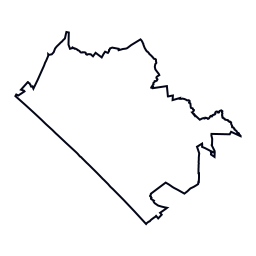 Pijijiapan, Chiapas, Mexico (Natural Earth projection)
{"feature_id": "50627088B85792572299721", "entity_name": "Pijijiapan", "entity_type": "district", "adm_level": 2, "iso_a3": "MEX", "parent_name": "Mexico", "parent_adm1": "Chiapas", "projection": "natural_earth1", "projection_center": [-93.116, 15.653], "detail": "fine", "context": "isolated", "style": "outline", "palette": "ink", "viewbox_px": 256, "rotation_deg": 0, "n_neighbors": 0, "source": "geoboundaries", "source_scale": "gbopen_adm2", "svg_char_len": 5655}
<svg xmlns="http://www.w3.org/2000/svg" viewBox="0 0 256 256"><path d="M15.4,96.1L25.2,104.8L33.0,111.9L41.5,119.8L45.9,124.1L52.5,130.1L55.7,133.3L57.6,135.0L66.3,143.2L76.3,152.4L77.7,153.8L80.0,156.5L80.5,156.7L81.5,157.5L81.8,157.9L85.8,161.9L86.7,162.8L88.0,164.0L97.1,173.0L102.9,179.0L103.8,179.8L108.0,184.0L110.4,186.8L111.5,187.8L113.1,189.3L123.4,199.7L134.3,211.2L146.1,224.0L146.8,223.1L148.8,221.6L149.4,221.5L149.7,221.3L150.1,220.9L150.2,220.7L151.3,219.6L154.3,217.4L155.2,216.9L156.1,215.9L158.2,218.4L161.7,214.7L160.1,212.8L165.7,208.9L167.1,207.8L164.5,207.3L161.6,206.6L158.2,205.6L154.7,203.2L153.8,202.0L153.4,201.0L153.8,200.6L153.1,200.2L152.5,199.8L152.0,199.6L151.0,198.8L151.0,198.6L151.3,198.3L151.5,197.8L151.1,197.5L151.0,197.3L151.0,196.7L150.8,196.4L150.2,196.3L150.1,196.2L150.1,195.7L150.3,195.4L150.6,195.1L150.8,194.7L150.9,193.7L161.0,186.1L165.7,182.6L168.9,184.5L171.4,186.2L172.2,186.8L174.0,187.9L177.7,189.8L184.4,193.6L187.4,191.3L190.1,188.7L190.5,188.4L193.8,186.8L196.6,185.1L198.1,184.1L198.4,181.9L198.8,182.0L199.0,177.7L199.0,173.2L198.5,173.2L198.5,170.5L198.5,169.6L198.5,168.5L198.6,167.2L198.6,164.8L198.8,163.4L198.6,162.2L198.8,159.8L198.8,157.6L199.2,153.3L197.0,146.7L197.6,146.4L202.1,143.6L202.2,144.5L202.1,146.9L205.0,148.1L208.9,150.1L210.3,150.9L213.7,152.3L210.9,152.3L211.1,153.7L211.0,154.5L214.5,156.9L214.7,152.3L214.3,152.2L214.6,151.0L211.7,145.2L212.0,145.0L212.2,138.9L211.4,135.4L211.5,133.9L229.7,134.3L231.1,131.8L240.6,136.2L240.6,135.9L240.1,135.5L239.8,134.9L239.3,134.6L239.2,134.4L239.0,133.6L238.7,133.2L238.2,132.9L237.5,132.8L237.3,132.6L236.7,131.4L236.3,130.9L235.7,130.4L234.5,129.5L234.4,129.3L234.5,129.0L234.4,128.7L234.0,128.4L233.9,128.1L233.4,127.5L233.1,127.4L232.7,127.4L232.2,127.3L232.0,126.8L232.2,126.3L232.0,125.4L231.5,124.8L231.4,124.6L231.2,123.9L231.1,123.7L231.2,122.8L231.1,122.5L230.8,122.1L230.6,122.0L230.3,122.0L230.1,121.7L229.6,121.8L229.5,121.6L229.3,121.6L229.1,121.4L228.8,121.4L228.5,121.1L228.4,120.8L228.0,120.7L227.9,120.5L227.9,120.2L227.6,120.1L227.3,120.0L226.5,119.9L226.1,119.9L225.7,119.7L225.2,119.7L224.9,119.4L224.5,118.6L224.3,118.5L223.8,118.5L223.3,117.9L223.0,117.8L222.6,117.8L222.5,117.7L222.4,117.3L222.5,116.6L222.5,116.2L222.4,116.1L222.2,116.0L222.2,115.6L222.0,115.1L222.0,114.9L222.4,113.7L222.4,113.3L222.0,112.7L222.0,112.0L222.3,111.7L222.4,111.2L222.2,111.0L221.8,110.8L221.4,110.4L220.5,110.6L219.5,111.1L219.2,111.5L219.1,112.3L218.9,112.5L218.3,112.6L218.1,112.6L217.9,112.5L217.5,111.8L217.2,111.6L216.8,111.5L216.2,111.6L215.5,112.2L215.3,112.6L215.2,113.1L215.4,113.2L215.5,113.5L215.2,114.0L214.9,114.4L213.9,114.8L213.5,114.7L212.9,115.0L212.7,115.2L212.7,115.4L212.5,115.5L212.0,116.3L211.9,116.4L211.4,115.9L211.2,115.8L210.8,115.9L210.3,116.3L210.0,116.8L209.7,117.4L209.2,117.8L209.0,118.3L208.6,118.6L208.0,118.9L207.8,118.9L206.9,118.0L206.6,117.9L206.3,118.0L205.7,118.0L205.6,117.9L205.2,117.7L204.9,118.1L204.8,118.4L204.5,118.5L204.2,118.5L203.9,118.3L203.4,118.1L201.9,118.6L199.8,119.7L194.8,115.1L194.4,114.5L194.2,114.8L194.2,115.0L192.1,112.4L192.5,112.3L193.6,110.9L193.9,110.4L193.9,110.0L193.6,109.9L193.0,109.4L192.8,108.6L192.6,108.3L191.6,108.1L191.2,108.0L190.9,107.8L190.6,106.3L190.6,105.3L190.4,104.1L190.4,103.5L190.2,103.2L189.7,103.0L189.2,102.9L189.0,102.5L189.7,101.1L189.2,100.5L188.3,100.2L187.5,100.4L187.1,100.4L186.4,99.9L184.4,99.0L182.4,98.6L181.1,98.9L179.8,98.8L180.0,98.0L172.6,100.1L172.9,95.5L170.6,95.9L168.5,96.4L167.9,96.4L166.9,86.1L153.3,88.1L153.4,87.8L153.2,87.1L152.2,87.4L151.7,87.7L151.5,87.8L151.3,87.8L151.2,87.5L151.2,87.4L151.9,86.8L152.1,86.2L152.3,86.0L152.4,85.7L152.8,85.0L153.5,84.5L153.5,84.4L153.3,83.2L153.5,82.8L154.5,81.9L154.8,81.4L154.8,81.1L155.9,81.1L156.3,80.8L156.5,80.6L156.9,80.5L157.1,79.9L157.4,79.6L157.5,79.3L157.4,79.1L157.1,78.9L156.6,78.3L156.4,77.7L156.5,77.2L156.7,76.9L157.4,76.3L159.3,75.1L158.9,74.1L155.4,69.5L154.8,66.9L155.1,65.1L155.3,64.1L156.3,63.0L156.3,62.5L155.9,60.9L156.0,60.1L156.0,59.9L155.8,59.4L155.2,59.0L154.8,58.9L154.3,58.9L153.7,58.6L153.1,57.6L152.6,57.2L152.3,56.6L151.9,56.4L151.2,55.6L151.0,55.4L149.7,54.3L149.4,54.1L149.2,53.5L147.5,51.6L146.8,51.4L146.5,50.9L146.1,50.4L145.8,50.0L145.8,49.7L144.9,48.4L143.9,46.0L143.8,45.5L143.6,45.2L143.3,44.4L143.3,43.8L142.9,43.1L142.6,42.6L142.5,42.2L142.4,42.0L141.6,40.6L140.5,39.4L131.0,45.2L130.9,45.3L127.1,48.2L125.9,48.6L122.9,49.0L118.6,50.2L118.4,49.6L118.6,48.8L112.2,47.6L109.9,48.5L109.7,49.6L109.0,50.0L109.0,51.3L107.9,52.9L105.1,51.7L104.0,53.3L103.9,53.5L103.6,53.9L101.7,57.4L95.6,52.8L93.0,56.3L92.7,56.0L92.6,55.8L92.0,55.5L91.7,55.3L91.2,54.6L90.9,54.4L90.7,54.3L89.9,54.2L88.1,54.2L87.6,54.3L87.1,54.7L86.5,54.5L86.1,54.2L85.9,53.8L85.8,53.2L85.6,52.7L85.4,52.6L84.9,52.4L84.3,52.3L84.0,52.4L82.7,52.2L82.2,52.5L81.8,52.5L80.7,52.4L80.4,52.2L79.6,51.1L78.0,50.1L77.6,50.1L77.3,49.6L75.4,48.6L74.8,48.8L74.4,48.7L74.0,48.1L73.2,48.0L72.9,47.8L72.8,47.6L72.5,47.4L72.3,47.6L72.3,47.8L72.1,48.2L71.7,48.2L71.3,48.4L70.0,48.8L68.6,44.9L68.5,44.5L68.8,32.5L66.4,32.0L66.0,33.6L65.0,38.1L64.8,38.6L63.4,39.9L61.8,41.7L60.6,42.6L59.9,43.4L56.7,46.5L55.1,48.5L53.7,52.2L52.8,53.2L51.8,54.3L49.4,54.8L49.0,54.8L48.8,54.8L48.2,54.2L48.2,55.9L46.1,60.8L45.1,62.7L44.1,65.5L41.4,71.5L37.7,79.8L33.4,88.7L33.1,88.0L32.8,86.5L32.5,86.4L32.4,86.3L32.2,86.4L31.6,86.7L31.4,86.7L31.2,86.7L30.9,86.2L30.7,85.8L30.5,84.9L30.0,84.4L29.8,84.0L29.7,83.7L29.6,83.4L29.4,83.3L28.8,83.1L28.4,82.8L28.2,82.6L28.1,82.2L27.8,82.1L21.0,89.7L23.8,90.6L24.3,91.1L24.5,91.4L18.3,95.5L16.3,94.5L15.4,96.1Z" fill="none" stroke="#020617" stroke-width="2"/></svg>